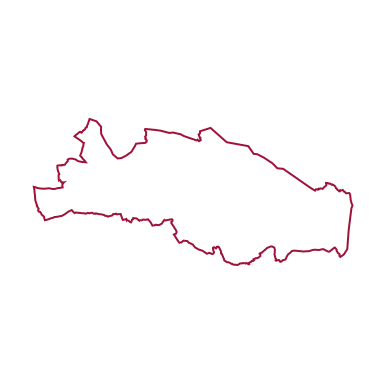 outline of Sirdal nor, Vest-Agder, Norway, rotated 80°
{"feature_id": "86288312B17397528681230", "entity_name": "Sirdal nor", "entity_type": "district", "adm_level": 2, "iso_a3": "NOR", "parent_name": "Norway", "parent_adm1": "Vest-Agder", "projection": "orthographic", "projection_center": [6.807, 58.845], "detail": "fine", "context": "isolated", "style": "outline", "palette": "rose", "viewbox_px": 384, "rotation_deg": 80, "n_neighbors": 0, "source": "geoboundaries", "source_scale": "gbopen_adm2", "svg_char_len": 6013}
<svg xmlns="http://www.w3.org/2000/svg" viewBox="0 0 384 384"><g transform="rotate(80 192 192)"><path d="M116.7,298.1L122.7,292.1L124.7,290.6L124.9,290.0L127.0,290.9L127.9,291.1L129.3,292.1L131.2,292.8L133.5,293.8L136.7,295.8L137.5,295.5L139.0,294.2L139.9,294.1L142.0,292.6L144.3,291.4L143.4,294.8L142.0,298.5L141.7,299.0L139.7,301.0L139.2,302.4L138.2,304.3L138.2,305.2L137.9,307.1L138.2,308.1L138.7,308.9L139.4,308.8L140.0,309.1L141.6,311.1L143.0,312.4L143.1,313.5L142.8,314.4L143.0,315.2L143.3,315.6L142.8,316.2L142.9,316.5L142.7,318.2L142.7,318.6L142.6,318.9L142.7,320.0L143.9,320.3L146.4,320.4L148.2,320.3L151.5,319.6L151.9,320.3L152.9,320.6L157.6,321.1L157.5,319.7L159.6,319.0L160.2,318.2L160.0,317.7L160.0,317.4L160.3,317.0L160.3,316.7L160.6,317.2L160.8,317.1L161.1,317.2L161.2,317.7L161.5,318.3L162.5,318.3L163.2,318.6L165.0,318.6L165.0,322.3L164.9,323.0L164.9,324.2L165.1,325.9L165.1,326.9L164.9,328.5L163.4,332.4L163.3,335.4L163.0,337.6L162.3,340.5L161.3,343.4L160.3,345.0L159.5,346.9L162.6,346.8L164.4,347.1L167.8,347.2L171.1,347.6L173.4,347.7L178.7,346.9L178.9,347.2L181.7,346.0L181.9,346.2L182.8,346.3L183.4,346.8L184.9,346.1L185.2,345.1L185.9,344.6L188.3,343.9L190.4,342.1L192.6,342.0L194.3,341.7L194.2,340.3L193.8,337.4L193.4,335.6L193.3,333.5L192.8,331.9L193.0,328.8L192.9,324.2L191.8,321.1L190.2,317.8L189.9,317.3L188.9,313.6L191.3,312.2L192.4,311.2L192.0,309.8L192.9,307.5L192.9,306.7L193.9,303.7L194.2,301.9L194.9,300.6L194.5,298.0L195.2,296.9L195.0,294.6L195.1,294.0L196.2,292.8L196.4,290.7L196.7,290.7L196.7,289.5L197.7,287.3L197.9,286.3L198.9,283.6L199.6,282.3L200.3,281.8L200.6,280.9L200.7,280.1L201.6,279.3L201.2,274.5L200.3,273.7L200.0,273.2L200.1,272.7L200.3,272.3L200.4,271.7L200.1,270.6L200.9,270.0L201.3,266.1L206.3,265.3L207.5,265.0L207.3,261.8L207.1,261.4L207.5,261.2L208.3,261.2L208.2,261.1L208.3,260.9L209.0,259.9L210.4,258.5L211.3,257.4L210.6,256.8L208.8,255.8L208.5,254.7L207.5,254.4L208.4,251.2L211.2,248.8L210.8,248.3L211.1,246.5L211.0,246.0L210.6,245.2L211.4,242.1L211.3,240.6L211.2,240.1L214.7,238.0L218.2,236.8L218.2,236.0L218.4,235.3L218.2,234.7L217.9,233.9L218.9,230.1L217.8,227.0L217.7,227.0L216.6,226.1L214.7,224.1L215.4,223.5L215.3,217.2L215.5,216.3L216.3,216.0L217.5,216.5L217.8,217.5L218.9,217.8L223.8,215.6L224.6,215.4L226.0,214.7L228.7,214.0L230.3,215.1L230.7,217.2L237.7,214.3L239.8,213.3L239.8,211.2L238.4,208.9L239.6,205.0L241.3,204.1L242.7,201.9L243.9,200.3L247.1,198.6L249.8,195.4L251.6,192.0L255.4,188.0L254.9,185.8L255.5,184.4L256.4,183.4L256.6,182.2L255.9,181.2L255.0,180.8L253.6,181.1L251.7,181.2L250.7,181.1L250.2,180.2L250.4,179.5L251.5,178.6L251.7,178.0L251.2,177.5L250.3,177.1L250.3,176.0L250.4,175.6L250.8,175.5L251.0,175.1L251.4,174.9L254.6,174.0L256.1,173.7L257.5,174.1L258.5,173.2L259.3,173.2L260.9,172.7L262.1,172.6L262.9,172.2L264.9,172.1L265.9,171.2L266.4,170.4L267.2,169.8L267.5,168.5L268.1,167.3L269.5,165.7L269.9,165.1L269.8,164.8L270.3,164.5L270.8,163.7L270.9,163.3L270.9,162.7L271.5,161.0L271.7,159.4L271.4,158.7L271.1,157.7L270.9,157.5L270.7,157.2L270.8,156.2L271.0,155.5L270.8,154.7L271.0,154.1L270.9,153.8L271.2,153.2L271.3,152.3L271.8,151.5L271.4,150.5L272.1,149.6L272.9,149.1L273.1,148.6L272.9,148.1L272.0,148.1L271.8,148.2L271.6,148.1L271.0,145.8L270.7,145.6L270.5,145.2L270.2,145.0L270.2,144.4L270.5,144.1L270.5,143.7L269.8,142.5L268.8,142.9L268.6,141.8L268.2,140.5L268.5,139.5L268.5,139.1L268.3,138.7L268.2,137.9L266.9,135.8L265.2,135.5L264.6,136.1L264.2,135.7L263.8,133.9L263.8,133.7L260.1,127.6L259.3,123.8L259.6,122.6L260.7,120.9L261.2,120.6L263.5,120.4L267.9,121.6L271.6,121.3L272.7,120.9L273.7,121.6L274.0,121.5L274.3,121.1L273.9,119.8L274.1,118.4L274.3,117.9L274.5,117.7L275.6,117.7L276.0,117.3L276.1,116.9L276.1,116.6L275.8,115.5L275.3,115.1L275.0,114.5L274.9,113.2L274.7,111.8L274.1,111.1L272.2,110.0L270.2,108.3L268.6,105.4L267.5,103.8L267.5,103.0L267.4,102.4L267.9,99.6L268.4,98.2L269.9,92.7L270.6,86.8L270.0,83.0L270.3,80.4L271.2,77.0L271.0,73.9L271.1,72.6L274.1,68.6L274.4,68.1L274.6,67.4L274.4,66.6L271.8,62.0L271.5,61.0L272.2,60.5L273.9,59.6L275.3,59.8L276.7,59.0L277.3,59.0L278.1,58.2L278.5,57.6L279.5,57.5L280.4,57.9L281.1,57.7L281.7,57.1L279.9,53.3L275.2,49.0L256.3,44.2L235.6,37.8L233.3,36.3L230.1,36.9L227.3,37.1L221.9,36.7L220.6,37.1L220.3,37.4L220.1,40.0L219.8,40.8L218.8,41.1L218.3,42.0L216.4,43.0L216.1,43.3L216.5,44.2L216.1,45.1L216.0,45.7L216.8,46.0L217.0,46.2L217.0,46.7L216.8,47.0L216.0,47.4L215.2,48.4L213.8,48.9L213.6,49.4L213.3,49.5L211.4,50.0L210.7,50.4L209.1,52.2L209.4,52.6L209.4,52.8L207.7,54.4L207.6,55.0L207.7,55.6L206.7,56.7L206.6,57.6L206.3,58.5L206.7,58.6L208.3,58.3L208.8,58.6L209.6,59.8L209.7,60.2L209.9,60.7L211.0,61.9L211.6,63.0L211.3,63.4L211.1,64.0L210.8,64.5L210.9,65.4L211.2,65.9L210.8,66.2L210.7,66.6L210.8,67.1L211.3,67.3L211.6,67.6L211.1,68.4L211.2,69.1L211.0,69.4L210.9,69.7L211.5,70.3L212.0,70.6L211.9,70.8L207.7,75.4L185.0,98.2L183.5,103.8L177.8,107.7L170.5,115.4L166.1,121.2L165.2,124.6L156.6,128.6L149.0,149.2L132.1,162.6L133.6,173.6L135.4,173.9L135.7,174.0L136.0,174.5L136.5,175.5L137.8,175.2L139.3,175.0L140.0,174.3L140.9,174.8L141.8,174.3L142.1,174.3L142.5,174.5L143.2,176.1L142.9,176.4L142.8,176.6L141.5,177.3L142.1,178.3L135.6,190.1L133.1,193.3L130.1,200.6L129.9,204.1L126.3,211.9L124.3,218.0L124.0,219.4L123.5,220.9L121.8,227.0L122.3,227.5L122.9,227.7L125.0,226.7L128.5,227.5L129.4,228.6L130.7,228.1L131.2,228.3L131.5,228.7L132.2,228.1L132.9,228.0L133.4,227.6L134.6,228.0L134.9,228.7L135.4,229.1L135.5,229.5L134.8,236.8L134.8,238.8L136.9,240.2L140.0,243.0L141.4,244.2L142.4,245.4L142.9,246.8L144.8,250.6L146.3,255.7L146.1,259.0L146.1,259.3L141.2,263.4L136.2,264.6L130.4,267.6L120.5,270.9L119.0,271.3L114.8,270.8L112.0,270.2L105.8,273.8L102.3,280.2L106.9,282.7L108.3,283.7L110.0,284.4L110.0,285.1L110.2,285.4L110.8,286.1L111.8,286.6L112.2,287.3L112.2,287.8L112.6,288.4L112.7,288.7L113.3,289.2L113.7,289.7L114.2,290.0L114.4,290.4L114.3,290.8L113.4,291.4L113.3,292.1L114.6,294.4L114.8,294.6L115.4,296.0L116.7,298.1Z" fill="none" stroke="#9f1239" stroke-width="2"/></g></svg>